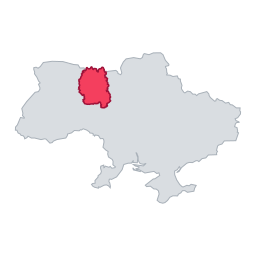 Zhytomyr highlighted on a map of Ukraine
{"feature_id": "UKR-324", "entity_name": "Zhytomyr", "entity_type": "Region", "adm_level": 1, "iso_a3": "UKR", "parent_name": "Ukraine", "parent_adm1": "", "projection": "mercator", "projection_center": [28.508, 50.617], "detail": "fine", "context": "in_parent", "style": "filled", "palette": "rose", "viewbox_px": 256, "rotation_deg": 0, "n_neighbors": 0, "source": "natural_earth", "source_scale": "10m", "svg_char_len": 7897}
<svg xmlns="http://www.w3.org/2000/svg" viewBox="0 0 256 256"><path d="M176.7,179.9L179.7,184.5L182.2,186.8L183.4,186.9L186.9,185.3L189.1,185.8L191.1,184.3L196.2,185.4L194.6,188.3L193.9,191.2L187.4,192.3L184.9,190.6L182.4,190.7L180.9,192.8L178.4,194.2L177.6,195.9L172.9,195.8L169.8,197.3L167.5,200.5L164.9,202.6L162.8,203.2L159.6,202.4L157.1,200.3L159.1,194.0L158.4,190.7L156.3,189.1L153.8,188.9L150.4,186.2L146.6,186.6L145.3,185.2L153.2,179.0L154.9,178.8L159.7,175.5L158.9,172.8L156.8,173.5L154.0,171.4L144.9,173.0L139.4,169.8L136.8,169.4L136.1,168.7L138.8,168.0L139.0,166.8L135.3,166.0L133.3,164.5L143.4,165.9L146.1,163.4L143.3,164.3L140.5,163.7L139.5,162.9L138.2,160.3L138.1,156.7L136.9,153.5L135.9,152.4L137.8,157.7L137.3,162.8L133.0,162.5L133.4,160.4L131.4,163.1L128.1,163.2L123.8,164.5L122.1,169.7L116.6,176.9L111.6,179.4L109.9,179.0L109.2,179.5L108.9,181.7L109.7,182.8L110.4,186.3L110.2,187.8L108.5,185.8L106.4,184.9L104.1,185.2L100.0,187.3L98.6,186.9L98.7,187.9L98.4,188.2L94.5,187.2L92.8,186.2L91.5,184.4L92.7,183.5L95.1,183.2L95.0,180.5L98.0,177.2L98.1,175.7L100.7,173.6L101.4,171.4L100.5,168.0L100.8,166.2L103.7,165.1L103.9,167.7L104.5,167.4L105.2,166.1L109.0,167.3L110.2,166.4L111.8,168.2L114.8,167.7L115.5,166.9L112.9,164.8L113.1,161.4L112.3,159.5L108.5,157.0L107.7,154.0L108.1,151.4L106.1,150.3L103.0,147.3L104.0,142.0L103.8,140.0L102.9,138.5L100.4,138.7L98.5,135.6L95.5,135.0L94.6,136.1L94.1,135.1L93.1,135.1L93.2,133.8L92.5,133.3L89.9,133.0L89.3,131.8L86.6,130.0L83.2,128.8L81.4,130.0L80.5,129.7L79.2,130.8L74.4,130.5L71.5,132.9L67.6,134.0L67.3,135.7L65.8,138.0L57.1,139.5L53.4,141.1L52.2,142.6L49.9,143.1L46.0,139.1L44.8,138.8L41.0,139.6L34.6,138.0L31.3,138.0L28.0,136.2L26.9,137.7L24.7,138.8L24.4,137.3L23.3,135.8L21.0,135.3L20.2,134.0L18.1,133.0L16.9,130.2L15.4,130.2L15.5,127.1L17.4,124.9L20.5,117.5L24.2,118.2L24.3,117.4L22.5,115.7L22.9,113.3L21.8,108.6L22.6,107.3L26.7,101.6L35.1,92.3L38.4,91.6L39.9,89.3L39.9,87.6L38.5,84.2L40.1,83.0L39.9,82.5L38.6,81.1L37.0,77.4L34.5,73.8L34.7,72.1L33.8,69.6L33.8,67.7L36.1,67.2L38.1,68.2L40.3,66.6L43.3,62.5L52.1,61.3L62.9,61.6L73.5,64.5L78.1,64.9L80.0,68.0L83.8,67.9L84.9,68.5L85.1,70.4L87.1,68.1L89.0,68.8L91.1,67.8L96.3,69.1L96.9,70.8L98.0,71.3L99.5,69.2L102.6,67.4L105.7,72.3L108.3,71.3L115.9,70.4L117.7,72.0L118.0,73.5L120.7,74.7L121.8,72.9L120.5,68.0L121.2,66.2L123.3,62.0L126.1,58.9L133.6,57.6L140.4,58.8L142.4,57.5L143.4,54.3L144.4,53.6L149.0,54.7L153.3,52.9L160.6,52.8L163.0,54.7L165.4,60.3L168.9,64.3L168.7,65.6L165.5,66.4L165.4,67.0L166.5,68.9L166.8,72.7L167.4,73.2L166.6,74.9L170.1,75.2L172.9,76.5L177.3,75.9L178.4,78.7L180.4,79.1L180.4,81.0L182.0,85.4L181.4,87.7L181.6,89.1L183.9,92.4L184.9,92.9L187.6,91.1L190.4,91.7L192.8,94.2L195.2,94.2L196.7,95.6L198.5,93.9L206.8,91.6L208.8,93.9L209.1,95.5L210.3,97.5L214.6,101.2L215.9,100.8L216.2,99.2L217.3,98.6L219.7,100.3L222.1,100.6L225.5,103.1L228.7,102.4L230.3,104.7L232.3,104.9L236.3,107.9L240.1,107.9L239.8,110.7L240.6,111.9L240.4,114.1L237.7,117.7L235.1,118.8L236.0,120.6L238.9,121.8L239.1,122.3L236.5,122.6L235.4,123.9L234.6,126.7L237.0,127.6L237.7,131.1L237.2,132.1L238.5,132.8L235.8,140.7L224.3,140.9L222.0,144.0L218.6,145.1L217.6,146.0L216.5,150.4L217.5,151.3L216.5,153.1L216.7,154.7L208.3,155.0L205.8,157.9L202.1,158.6L198.9,161.6L197.6,160.7L196.0,160.7L192.5,162.6L189.3,162.4L186.8,163.2L181.5,167.6L179.0,171.5L176.6,172.6L180.0,169.5L180.1,167.8L179.3,166.6L177.3,169.7L174.6,171.1L174.7,174.8L176.7,179.9ZM140.8,171.7L133.4,169.9L132.8,167.8L134.4,169.6L140.8,171.7Z" fill="#d9dde1" stroke="#a8b0b8" stroke-width="1"/><path d="M91.5,66.9L91.9,67.1L91.9,67.3L91.9,67.7L92.1,67.9L92.2,68.1L92.6,68.3L92.7,68.5L92.8,68.7L92.9,69.2L93.0,69.4L93.2,69.5L93.3,69.4L93.7,69.1L94.3,68.6L94.6,68.5L94.9,68.5L96.1,68.8L96.4,68.9L96.5,69.2L96.5,69.6L96.7,70.7L96.8,71.0L97.1,71.3L97.5,71.1L97.7,71.4L97.8,71.7L98.0,71.9L98.2,71.7L98.2,71.4L98.2,70.6L98.2,70.3L98.5,69.7L98.8,69.3L99.2,69.0L99.6,68.8L100.0,68.7L100.8,68.7L101.1,68.6L101.3,68.3L101.6,67.7L101.9,67.4L102.1,67.3L102.4,67.3L102.9,67.4L103.2,67.6L103.4,67.9L103.6,68.6L104.0,69.2L104.2,69.6L104.2,70.1L104.1,70.6L104.2,70.9L104.4,71.0L104.7,71.3L104.8,71.7L104.9,72.1L105.1,72.5L105.4,72.7L105.6,72.6L105.8,72.4L105.8,72.6L106.0,72.7L106.3,72.9L106.2,73.9L106.2,74.0L106.0,74.3L105.9,74.5L105.7,74.7L105.3,75.0L105.1,75.1L104.8,75.1L104.7,75.2L105.0,76.1L105.1,77.1L105.2,77.4L105.2,77.6L105.3,77.6L105.6,77.1L105.9,77.1L106.1,77.3L106.5,77.6L106.6,77.8L106.7,78.1L106.8,78.2L107.3,78.4L107.4,78.5L107.5,78.6L107.5,78.8L107.2,79.4L107.2,79.5L107.2,80.4L107.1,80.6L106.9,80.4L106.7,80.4L106.3,80.4L106.3,80.6L106.3,80.8L106.6,81.1L107.3,82.1L107.7,82.5L107.7,82.8L107.5,84.2L107.5,84.3L108.1,84.3L108.4,84.4L108.5,84.5L108.6,85.0L108.8,85.7L108.7,85.9L108.7,86.1L108.1,86.5L108.0,86.8L107.6,87.4L107.4,87.9L107.3,88.0L107.7,88.4L107.8,88.5L107.6,89.2L107.5,89.3L107.3,89.3L107.3,89.6L107.5,89.7L107.6,89.8L107.6,90.0L107.5,90.4L107.4,90.6L107.2,90.6L106.9,90.6L107.2,90.9L107.2,91.0L106.7,91.2L106.7,91.3L106.8,91.5L107.5,91.4L108.1,91.3L108.3,91.5L108.6,92.0L108.7,92.5L108.9,92.9L108.9,93.3L109.0,93.4L109.3,93.4L109.4,93.5L109.5,93.6L109.7,94.1L109.8,94.2L110.0,94.3L110.1,94.6L110.0,95.4L110.0,96.1L110.1,96.3L110.4,96.5L110.5,96.7L110.5,97.0L110.5,97.3L110.4,97.5L109.8,97.8L109.7,97.9L109.7,98.0L109.9,98.9L109.8,99.2L109.8,99.3L109.8,99.5L110.5,100.7L110.6,100.8L110.5,101.0L110.2,101.3L109.7,101.6L109.5,101.9L109.2,102.3L108.7,102.6L108.3,102.8L107.8,103.2L107.6,103.2L107.3,103.4L107.3,103.5L107.0,103.5L106.9,103.6L106.9,103.9L107.0,104.1L107.0,104.3L106.8,104.8L106.6,105.3L106.8,105.3L107.3,105.3L107.4,105.5L107.4,105.8L107.1,106.0L106.9,106.4L106.6,106.4L106.5,106.5L106.0,107.0L105.9,107.0L105.0,107.1L104.9,107.2L104.7,107.7L104.3,107.7L103.0,107.8L102.1,107.6L101.6,107.6L101.3,107.5L101.1,107.4L101.3,107.0L101.3,106.8L101.1,106.6L101.0,106.3L101.0,106.2L100.7,106.0L100.7,105.9L100.8,105.6L101.4,104.9L101.4,104.7L100.9,104.4L100.8,104.2L100.6,103.8L100.6,103.7L100.6,103.4L100.5,103.1L100.6,102.9L100.5,102.7L100.3,102.5L100.2,102.4L100.2,102.2L99.3,102.0L99.2,102.0L99.0,102.4L98.9,102.5L98.5,102.7L98.3,102.9L98.1,103.2L97.9,103.5L96.7,103.5L96.2,103.7L96.0,103.8L95.8,103.6L95.4,103.4L94.2,103.4L94.0,103.5L93.8,103.9L93.7,104.0L93.3,104.1L93.0,104.1L92.4,103.8L92.2,103.8L91.8,103.9L90.6,104.0L89.6,104.3L89.1,104.3L88.3,104.2L87.2,104.3L84.6,103.6L84.4,103.3L84.3,103.0L83.8,102.2L83.8,101.9L83.8,101.7L83.7,101.6L83.2,101.5L83.1,101.3L83.1,100.8L83.2,100.7L83.5,100.7L83.5,100.3L83.2,99.7L83.8,99.6L84.1,99.5L84.3,99.3L84.5,99.2L84.6,98.8L84.6,98.5L84.5,98.4L84.2,98.3L84.1,98.2L84.2,97.8L84.4,97.5L84.4,97.4L84.2,97.1L84.2,96.9L84.4,96.7L84.4,96.3L84.0,95.8L83.9,95.7L83.9,95.1L83.9,94.8L83.9,94.7L83.7,94.6L83.4,95.0L83.3,95.3L83.2,95.4L82.6,95.3L82.4,95.3L82.4,95.2L82.3,94.8L81.8,94.6L81.7,94.3L81.4,94.3L81.3,94.2L81.4,93.9L80.2,93.0L80.1,92.8L80.0,92.6L79.9,92.5L79.8,92.4L79.4,92.3L79.2,92.2L79.2,91.9L79.4,91.0L79.5,90.9L79.7,90.6L80.1,90.4L80.0,90.2L79.8,90.2L79.6,90.1L79.4,89.7L79.1,89.5L78.9,89.1L78.7,89.0L79.2,88.5L79.3,88.2L79.2,88.2L78.8,87.9L78.7,87.6L79.0,86.8L79.3,86.5L79.4,86.3L79.6,85.5L79.7,85.2L79.6,84.8L79.2,84.2L79.1,83.9L79.1,83.6L79.3,82.5L79.3,82.1L79.1,81.8L79.0,81.6L79.3,81.3L79.1,81.0L79.1,80.9L79.0,80.6L78.8,80.1L79.0,79.6L79.1,79.4L79.7,79.2L80.0,79.1L80.3,78.5L80.6,78.2L80.8,77.1L81.1,76.7L81.3,76.1L81.8,75.7L81.9,75.4L82.0,75.2L82.0,74.9L81.5,74.0L81.5,73.9L82.4,73.6L82.5,73.5L82.7,73.1L82.7,72.9L82.4,72.6L82.4,72.2L82.6,71.2L82.8,71.1L83.0,71.4L83.0,71.5L83.6,72.1L83.8,72.1L83.8,71.9L83.7,71.7L83.5,71.4L83.5,71.2L83.6,70.8L83.6,70.5L84.2,70.2L84.6,70.2L84.7,70.3L84.9,70.5L85.1,70.6L85.4,70.7L85.6,70.5L86.2,69.7L86.3,69.3L86.2,68.7L86.3,68.2L86.5,67.9L86.7,67.7L87.0,67.6L87.3,67.8L88.0,68.6L88.3,68.7L88.5,68.8L89.7,68.8L90.0,68.7L90.3,68.4L90.7,67.7L90.9,67.3L91.2,67.0L91.5,66.9Z" fill="#f43f5e" stroke="#9f1239" stroke-width="1.5"/></svg>